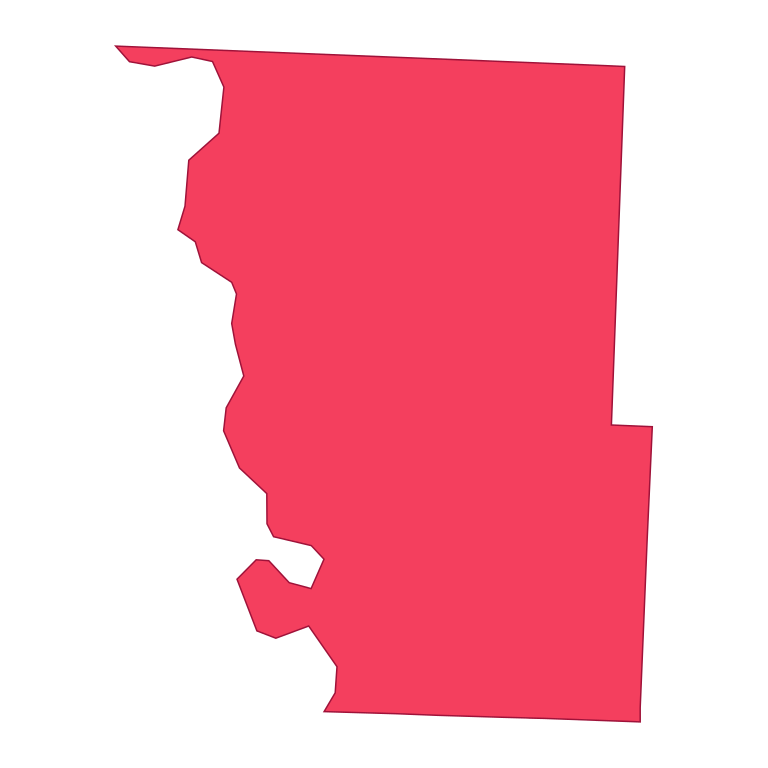 Lafayette, Missouri, United States of America, rotated 270°
{"feature_id": "52423323B34956580820972", "entity_name": "Lafayette", "entity_type": "district", "adm_level": 2, "iso_a3": "USA", "parent_name": "United States of America", "parent_adm1": "Missouri", "projection": "equal_earth", "projection_center": [-93.837, 39.101], "detail": "fine", "context": "isolated", "style": "filled", "palette": "rose", "viewbox_px": 768, "rotation_deg": 270, "n_neighbors": 0, "source": "geoboundaries", "source_scale": "gbopen_adm2", "svg_char_len": 761}
<svg xmlns="http://www.w3.org/2000/svg" viewBox="0 0 768 768"><g transform="rotate(270 384 384)"><path d="M702.4,604.5L721.9,115.7L706.3,129.5L701.9,154.7L711.0,191.7L706.5,212.5L680.9,223.9L634.8,219.0L607.8,188.8L561.8,185.0L538.3,177.9L526.2,195.3L505.4,201.6L485.7,231.7L474.0,236.5L444.5,231.7L423.9,235.4L392.0,243.8L360.2,226.2L337.2,223.6L300.0,239.5L274.4,266.8L244.2,267.0L231.3,273.6L222.4,311.3L208.8,324.0L179.4,311.1L185.3,289.2L207.3,268.8L208.2,256.2L188.8,237.0L137.1,256.9L129.8,275.8L142.0,308.7L101.3,337.0L75.2,335.2L56.4,324.1L54.3,396.4L52.7,437.5L50.7,503.6L50.1,526.8L50.0,528.3L49.6,544.7L46.1,640.2L60.3,640.2L227.2,647.1L341.3,652.3L343.0,611.4L701.5,624.7L702.4,604.5Z" fill="#f43f5e" stroke="#9f1239" stroke-width="1.5"/></g></svg>